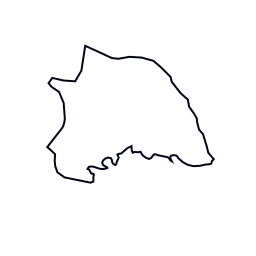 an SVG outline of Macenta, rotated 295°
{"feature_id": "GIN-5651", "entity_name": "Macenta", "entity_type": "Prefecture", "adm_level": 1, "iso_a3": "GIN", "parent_name": "Guinea", "parent_adm1": "", "projection": "mercator", "projection_center": [-9.497, 8.422], "detail": "fine", "context": "isolated", "style": "outline", "palette": "ink", "viewbox_px": 256, "rotation_deg": 295, "n_neighbors": 0, "source": "natural_earth", "source_scale": "10m", "svg_char_len": 1666}
<svg xmlns="http://www.w3.org/2000/svg" viewBox="0 0 256 256"><g transform="rotate(295 128 128)"><path d="M83.0,126.2L81.2,124.2L79.8,121.8L79.1,119.4L78.3,113.0L77.5,110.7L76.1,108.9L73.8,108.6L73.9,110.3L73.2,111.4L72.3,112.4L71.3,113.6L71.3,114.7L71.8,115.7L71.6,116.6L68.3,117.6L65.8,118.9L64.6,119.2L64.0,118.4L63.4,117.7L62.7,117.4L56.4,91.4L58.0,82.8L62.5,78.3L67.3,75.4L73.4,73.0L75.0,68.4L76.6,62.9L100.5,68.4L102.9,68.4L106.6,67.8L109.8,66.8L123.5,59.1L131.5,50.3L133.0,41.3L135.0,37.1L141.4,38.2L143.8,49.5L148.0,60.4L160.3,61.5L184.4,54.5L184.6,84.0L186.7,90.1L193.1,99.2L197.6,110.6L199.6,122.5L197.2,131.5L194.4,139.2L192.3,145.0L188.3,148.2L181.8,160.9L179.0,170.3L173.2,174.3L170.9,178.3L168.7,182.2L165.6,186.4L162.5,188.2L156.6,193.0L154.1,198.6L144.2,207.5L139.5,211.2L136.0,218.9L133.6,218.1L130.7,218.5L129.0,216.2L127.8,213.9L124.3,209.4L121.2,203.7L119.9,198.1L120.2,192.3L121.9,186.4L122.1,186.0L123.1,184.7L123.4,183.4L123.1,182.0L122.5,180.5L120.9,178.6L119.5,178.5L118.0,179.6L116.4,181.6L116.6,180.0L118.1,177.6L118.3,176.2L115.9,166.3L115.9,164.7L115.4,163.1L114.1,162.4L110.8,161.7L108.9,160.3L108.6,156.6L109.5,152.8L110.8,150.6L111.5,150.0L111.7,149.4L111.5,148.8L110.8,148.2L110.1,146.8L109.5,145.3L108.9,143.9L107.6,142.7L109.1,141.2L109.9,140.5L110.8,140.0L111.4,139.8L113.0,138.8L112.3,138.4L111.4,137.4L109.0,135.7L102.3,132.8L100.5,130.4L99.4,129.6L98.5,130.7L97.8,131.6L96.8,132.1L95.7,132.2L94.6,132.1L92.3,132.2L90.3,132.6L89.1,132.2L89.2,129.8L90.5,128.0L92.3,126.8L93.4,125.2L92.7,122.3L90.9,120.5L88.2,119.2L85.6,119.2L83.9,121.1L83.6,123.9L83.5,125.9L83.0,126.2Z" fill="none" stroke="#020617" stroke-width="2"/></g></svg>